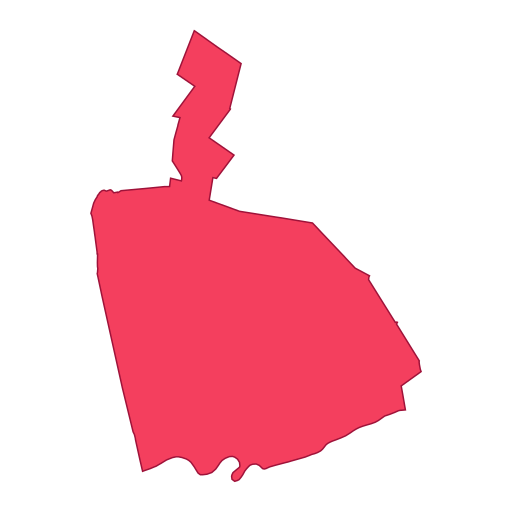 the district of Jirlau, Braila, Romania
{"feature_id": "2599482B33661790192298", "entity_name": "Jirlau", "entity_type": "district", "adm_level": 2, "iso_a3": "ROU", "parent_name": "Romania", "parent_adm1": "Braila", "projection": "mercator", "projection_center": [27.193, 45.161], "detail": "fine", "context": "isolated", "style": "filled", "palette": "rose", "viewbox_px": 512, "rotation_deg": 0, "n_neighbors": 0, "source": "geoboundaries", "source_scale": "gbopen_adm2", "svg_char_len": 2925}
<svg xmlns="http://www.w3.org/2000/svg" viewBox="0 0 512 512"><path d="M202.9,474.7L207.0,474.2L211.8,472.5L215.7,469.1L218.4,465.3L219.9,463.0L221.0,461.7L222.1,460.4L225.2,458.3L229.3,456.6L232.5,456.4L234.7,457.1L237.5,459.1L239.5,462.3L239.9,465.6L239.7,466.9L238.6,468.0L236.1,470.0L233.0,472.6L232.0,474.7L231.6,476.3L232.0,479.3L234.7,481.3L237.4,480.5L239.1,479.6L241.1,477.2L242.8,474.7L244.8,471.0L246.6,468.7L248.8,466.3L250.2,465.1L252.7,464.2L256.2,464.0L259.3,465.4L262.1,468.1L262.6,468.6L264.2,469.0L265.9,468.6L269.6,466.9L275.5,465.2L285.4,462.6L288.3,461.9L291.2,461.0L305.3,457.0L307.3,456.2L309.2,455.5L311.8,454.4L314.8,453.6L317.4,452.6L318.2,452.2L320.6,450.9L322.5,449.2L324.2,447.1L325.9,444.9L327.7,443.4L329.9,442.2L332.6,441.0L333.5,440.7L335.7,439.9L340.6,438.0L345.6,435.8L350.1,433.0L353.4,430.7L356.4,428.9L359.2,427.5L362.7,426.2L366.6,425.0L371.2,423.7L375.3,422.2L378.4,420.5L381.9,418.0L384.7,416.0L389.8,414.3L394.7,412.4L398.5,410.7L400.3,410.3L401.0,410.3L405.4,409.9L402.9,395.4L401.2,385.9L421.1,371.6L420.2,369.0L420.2,368.8L419.4,364.5L419.1,361.9L419.3,360.9L396.5,324.1L397.4,322.3L397.2,322.2L396.3,322.1L395.3,322.4L392.2,317.5L368.6,279.7L368.9,277.0L369.5,275.8L355.8,268.5L355.1,268.1L346.1,258.6L344.5,256.8L321.7,232.8L316.4,227.1L313.8,224.4L312.5,223.0L291.2,219.5L281.5,217.9L276.1,217.1L239.5,211.3L209.2,200.2L212.4,180.6L212.5,179.8L212.9,177.6L216.5,178.4L234.0,155.1L209.1,137.8L230.2,109.4L230.4,109.0L229.7,108.6L241.1,63.6L228.3,54.6L217.4,47.1L207.0,39.7L206.9,39.6L194.5,30.8L194.3,30.7L177.5,73.7L177.2,74.2L194.8,86.3L172.9,116.1L180.0,117.6L177.9,125.1L177.9,125.6L175.9,132.7L174.0,139.8L173.0,151.9L172.3,160.9L175.7,166.2L178.4,170.5L180.6,174.1L181.5,175.9L181.8,177.6L181.7,179.3L181.4,180.9L170.6,178.2L169.6,186.5L167.6,186.6L164.5,186.6L158.6,187.2L146.3,188.4L121.0,190.7L119.6,191.6L118.6,192.2L117.9,192.6L117.6,192.1L113.8,192.8L111.8,190.6L110.8,189.9L109.9,189.9L108.8,190.3L106.5,191.1L105.4,190.8L104.7,190.4L104.0,190.2L102.5,190.6L102.1,190.7L101.6,191.0L101.0,191.4L100.5,192.1L99.8,192.4L98.9,193.9L98.3,194.6L97.5,195.7L97.1,196.9L95.4,199.5L93.7,203.1L92.3,208.2L90.9,213.3L91.4,214.6L91.9,215.9L92.2,217.2L92.8,220.4L93.0,222.0L93.4,224.9L94.5,232.5L94.5,232.9L95.2,237.6L95.5,240.1L97.1,252.1L97.1,253.5L97.3,253.4L97.6,253.9L97.4,262.7L97.5,266.8L97.8,268.4L97.5,272.4L97.2,273.6L98.0,277.2L101.0,291.3L101.4,293.3L104.1,305.6L122.4,387.9L127.3,408.0L133.1,431.8L134.4,434.5L134.5,434.9L135.3,438.1L135.5,439.7L136.3,443.4L137.1,447.0L139.9,459.7L141.2,465.3L142.0,468.8L142.1,469.2L142.6,471.3L142.9,471.2L144.2,470.7L147.9,469.4L150.2,468.6L154.7,466.7L155.9,466.3L160.0,463.9L160.8,463.5L161.9,462.8L166.6,459.9L172.4,457.6L176.0,456.8L178.4,456.8L182.0,457.5L186.4,459.0L188.8,460.4L191.0,462.3L194.3,466.9L196.1,469.9L198.1,473.1L200.3,474.7L201.0,474.7L202.9,474.7Z" fill="#f43f5e" stroke="#9f1239" stroke-width="1.5"/></svg>